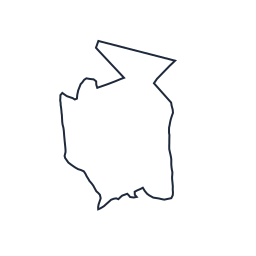 the district of Campo Alegre, Alagoas, Brazil, rotated 219°
{"feature_id": "56859067B15895498916123", "entity_name": "Campo Alegre", "entity_type": "district", "adm_level": 2, "iso_a3": "BRA", "parent_name": "Brazil", "parent_adm1": "Alagoas", "projection": "albers", "projection_center": [-36.296, -9.82], "detail": "fine", "context": "isolated", "style": "outline", "palette": "slate", "viewbox_px": 256, "rotation_deg": 219, "n_neighbors": 0, "source": "geoboundaries", "source_scale": "gbopen_adm2", "svg_char_len": 1728}
<svg xmlns="http://www.w3.org/2000/svg" viewBox="0 0 256 256"><g transform="rotate(219 128 128)"><path d="M90.7,66.6L90.4,69.3L90.0,71.7L88.7,73.9L87.2,76.4L85.2,76.2L82.9,75.7L79.8,77.6L77.9,79.9L80.7,80.4L82.7,82.7L81.5,85.5L80.0,88.3L78.9,90.9L75.3,89.6L71.8,88.9L69.1,89.0L64.6,89.8L59.8,92.6L56.5,94.2L54.7,95.2L52.5,97.9L50.2,100.7L50.9,103.9L52.5,106.2L54.4,108.2L56.5,110.9L59.4,113.9L61.6,116.1L63.0,117.8L64.2,119.6L65.8,121.7L67.8,123.3L69.7,125.1L71.5,127.0L72.8,128.6L74.3,130.5L75.8,132.0L78.2,134.0L80.4,135.7L82.7,137.6L85.0,140.4L86.2,142.0L87.9,144.1L89.7,146.4L91.4,148.6L93.0,150.0L94.4,151.7L96.3,154.1L97.5,156.5L98.7,158.6L100.1,161.4L101.1,163.9L101.8,165.8L102.6,168.1L104.7,170.3L108.0,172.7L110.5,174.9L136.0,179.1L136.4,184.4L134.8,202.3L134.3,205.9L133.8,209.9L205.8,177.0L203.4,170.2L198.9,169.5L162.7,164.5L164.6,161.3L167.3,156.3L171.6,148.9L177.2,139.9L179.9,141.7L182.1,144.2L185.3,144.2L188.5,142.1L191.6,140.4L192.4,137.8L192.2,134.7L192.4,132.3L190.4,126.0L188.4,122.0L186.2,118.7L187.3,116.7L189.8,116.4L191.9,115.6L195.5,114.3L199.1,114.0L201.1,113.9L201.2,111.0L199.5,108.8L198.1,106.8L196.2,105.1L194.8,103.5L192.5,101.4L190.5,99.4L189.1,97.9L187.6,96.5L184.9,93.5L182.8,91.2L181.0,89.5L178.2,87.4L176.3,85.6L172.4,81.5L169.0,78.0L165.4,74.4L162.8,71.7L161.4,70.0L159.7,66.4L157.9,65.1L152.6,63.6L149.4,63.7L146.3,63.9L144.1,64.1L140.9,64.6L138.2,65.7L135.1,66.5L132.4,65.7L129.6,64.4L127.2,63.6L124.6,62.6L121.2,62.0L118.6,61.3L115.5,60.0L112.8,58.9L110.3,58.8L107.8,58.4L105.0,56.2L103.6,52.4L102.7,50.0L101.4,47.7L100.0,46.1L99.0,48.0L98.2,50.1L97.5,52.1L97.1,54.8L96.7,57.1L96.3,59.5L96.0,61.6L94.5,64.1L92.9,65.9L90.7,66.6Z" fill="none" stroke="#1e293b" stroke-width="2"/></g></svg>